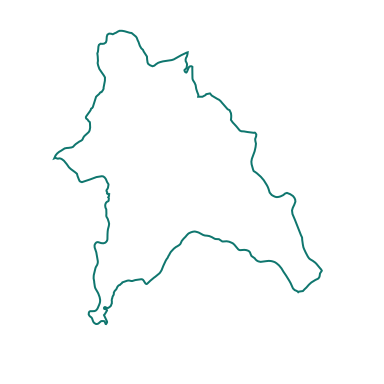 Mueang Yala, Yala, Thailand (Natural Earth projection), rotated 190°
{"feature_id": "78962969B27848698436248", "entity_name": "Mueang Yala", "entity_type": "district", "adm_level": 2, "iso_a3": "THA", "parent_name": "Thailand", "parent_adm1": "Yala", "projection": "natural_earth1", "projection_center": [101.257, 6.565], "detail": "fine", "context": "isolated", "style": "outline", "palette": "teal", "viewbox_px": 384, "rotation_deg": 190, "n_neighbors": 0, "source": "geoboundaries", "source_scale": "gbopen_adm2", "svg_char_len": 6011}
<svg xmlns="http://www.w3.org/2000/svg" viewBox="0 0 384 384"><g transform="rotate(190 192 192)"><path d="M65.6,113.7L64.1,116.0L62.8,117.7L60.8,121.0L58.8,123.6L55.1,126.9L53.5,128.0L52.6,128.7L51.9,130.1L51.7,131.2L51.8,134.0L50.5,137.0L51.1,137.8L51.3,138.1L52.1,138.7L56.9,142.8L58.5,143.9L61.1,145.2L63.8,146.2L65.1,146.9L66.7,148.5L69.5,152.1L71.6,155.1L72.7,156.9L73.7,159.5L75.1,163.8L75.7,166.3L77.2,168.4L86.0,182.8L89.2,187.7L90.3,191.2L90.0,193.9L89.1,197.1L88.5,200.4L89.1,202.5L90.3,204.2L91.9,205.6L94.9,206.9L98.3,207.6L100.0,206.7L101.6,204.8L104.0,203.1L105.6,202.3L107.5,201.7L109.1,201.7L111.1,202.2L113.0,202.9L115.4,204.9L117.3,208.6L118.5,210.5L119.7,212.0L123.4,216.1L126.8,218.9L131.3,221.7L133.1,222.6L134.9,223.3L135.8,224.8L138.1,229.6L138.8,232.2L138.8,235.1L137.4,242.9L137.2,247.3L137.4,250.7L138.5,253.3L139.0,255.2L138.5,258.1L138.7,259.9L140.1,261.3L140.9,261.3L141.5,261.0L147.9,260.7L151.3,260.7L154.0,260.4L155.7,260.9L159.9,264.5L164.0,267.6L166.2,269.8L166.3,271.8L166.6,273.9L167.3,276.3L169.2,279.1L171.3,279.7L178.0,285.1L179.5,286.4L181.3,287.5L183.3,288.1L189.3,290.4L191.4,292.2L195.0,290.8L195.5,289.8L198.3,287.6L202.5,286.9L202.5,288.2L202.7,288.9L204.4,291.7L205.8,294.4L206.1,295.3L207.0,297.9L208.4,300.0L210.4,302.2L211.1,303.4L211.5,305.1L213.2,314.0L213.3,315.1L213.4,315.4L214.3,315.7L214.9,315.7L216.2,315.1L216.7,314.4L217.8,309.7L218.1,309.0L218.3,308.7L218.9,308.7L219.7,309.1L220.5,310.2L220.5,311.1L219.8,311.8L219.2,312.7L218.9,313.8L219.0,316.7L219.3,317.5L220.0,318.6L220.9,319.7L221.3,321.4L221.2,322.9L220.6,324.7L220.4,326.9L220.5,328.8L221.5,328.3L226.3,324.9L233.0,319.4L234.9,318.4L243.3,315.6L245.9,314.4L247.8,313.3L249.7,311.5L251.0,309.9L252.7,309.0L255.2,309.5L257.3,310.5L258.2,311.7L259.2,314.7L259.9,317.6L264.0,322.0L265.0,323.5L266.9,324.7L268.8,327.0L270.8,330.6L271.8,331.9L273.2,334.3L274.2,335.3L279.1,338.1L280.9,338.0L286.4,338.6L289.0,338.6L291.3,338.2L292.9,337.1L294.3,335.8L295.7,334.9L297.4,333.6L299.1,333.8L301.1,333.6L302.6,332.3L302.9,330.2L302.5,326.2L302.8,324.3L304.4,322.8L306.2,322.3L307.9,322.1L309.2,320.7L309.4,318.9L309.1,315.7L309.0,313.7L309.3,312.1L308.4,309.2L307.4,304.9L307.3,302.5L306.4,300.3L304.6,297.1L301.8,294.2L299.0,291.4L297.6,289.7L297.1,286.4L297.2,279.4L297.0,278.3L297.3,277.2L297.8,276.0L298.5,274.6L299.3,274.4L299.8,273.8L300.4,272.5L302.3,270.1L303.0,269.1L304.4,258.4L305.0,257.2L305.6,256.8L305.9,256.3L306.0,255.2L306.6,253.7L308.6,249.6L309.3,248.1L309.5,247.3L309.3,246.5L308.8,245.9L307.4,245.2L306.2,243.9L304.8,243.1L304.5,242.3L303.5,237.8L303.5,235.1L303.8,233.8L304.3,232.8L307.7,228.4L308.4,226.9L309.0,224.6L309.3,224.1L310.2,223.2L311.7,222.1L314.9,218.9L316.0,217.4L316.9,215.9L318.3,215.0L321.3,214.0L323.0,213.6L325.0,212.8L328.1,209.9L329.8,208.5L331.5,206.5L332.7,204.3L333.5,201.2L332.7,201.7L331.7,201.8L330.4,201.5L329.6,201.6L328.5,202.1L327.2,202.1L326.0,201.8L323.6,200.6L320.2,197.7L317.4,194.9L315.4,193.6L310.4,191.1L308.5,190.0L307.4,187.7L305.4,184.4L304.5,183.2L303.6,182.8L302.1,182.6L294.5,186.7L288.7,190.1L283.5,191.9L282.1,191.9L280.6,191.2L279.1,189.8L277.3,187.0L275.6,185.1L275.5,184.5L275.5,181.5L276.0,179.9L276.4,179.2L276.5,178.6L276.1,177.6L275.5,177.1L275.4,176.7L275.5,176.0L275.3,175.7L274.4,175.3L273.4,175.7L273.2,175.6L273.4,174.8L273.0,173.8L273.6,172.2L273.1,171.9L272.8,171.5L272.6,169.0L272.9,168.4L274.0,167.6L274.4,167.1L274.9,166.2L275.2,164.8L275.1,163.4L274.5,161.6L273.4,160.0L272.5,155.6L272.4,154.3L272.0,152.9L271.6,152.4L270.4,151.0L268.8,148.0L268.1,146.3L268.0,144.2L268.3,140.6L268.2,138.6L267.9,135.9L267.1,130.8L267.1,130.0L267.4,128.8L268.2,127.5L268.8,126.9L270.4,126.1L272.6,125.9L275.6,126.3L276.4,126.2L277.3,125.8L278.0,124.9L278.5,123.7L278.7,122.8L278.6,122.0L278.2,120.4L275.8,116.0L272.8,107.7L272.6,106.8L272.5,105.8L272.7,103.9L273.6,101.5L273.8,100.7L273.9,99.7L274.3,93.1L274.2,92.0L273.9,89.9L272.8,86.9L272.6,86.0L271.2,81.8L270.4,80.3L267.2,76.5L266.5,75.5L264.7,72.4L263.7,69.7L263.5,68.1L263.5,66.8L263.8,65.0L264.8,60.8L265.5,59.4L266.3,58.4L267.6,57.7L271.6,56.9L272.3,56.3L272.6,55.4L272.5,53.6L272.2,53.1L271.1,51.9L269.3,51.0L268.5,50.2L267.2,47.9L266.6,47.0L266.0,46.4L265.2,45.9L263.9,45.4L263.2,45.4L262.4,45.6L261.4,46.2L259.3,48.8L258.6,49.2L256.7,49.5L255.9,49.5L255.6,49.3L254.1,47.0L253.7,47.0L253.4,47.6L253.0,48.9L253.2,49.7L257.3,55.5L256.5,56.9L255.1,60.6L255.2,60.9L256.4,61.6L258.0,61.6L258.5,62.3L258.5,62.9L258.2,63.3L257.7,63.6L255.6,63.1L254.6,63.2L254.2,63.5L253.2,64.4L252.1,65.9L251.9,67.4L251.6,68.4L251.8,69.4L251.9,70.3L252.2,71.1L252.3,72.7L252.1,73.6L252.1,74.7L251.8,76.0L251.3,77.2L251.3,78.2L251.5,79.4L250.9,81.2L249.7,83.0L248.9,85.9L248.0,87.3L247.2,87.8L246.7,88.1L246.3,88.9L245.3,89.9L244.9,90.9L240.4,93.4L239.3,93.8L238.2,93.9L236.5,93.8L235.3,94.0L232.6,95.4L226.8,97.3L225.7,97.3L225.0,97.0L224.1,96.2L222.6,94.5L221.7,93.7L221.4,93.6L220.7,93.5L220.2,93.9L217.7,97.3L214.5,101.1L213.4,102.2L209.9,106.3L209.4,107.2L208.4,109.6L207.4,114.4L205.9,120.0L205.1,122.0L204.7,122.6L203.9,125.4L203.4,126.4L203.2,127.4L202.4,129.4L200.0,133.1L198.2,135.1L197.4,135.7L195.6,137.3L194.6,138.5L194.3,139.2L193.6,142.0L192.2,144.5L190.4,147.1L189.9,148.1L188.5,150.2L187.8,150.9L185.9,152.2L184.3,153.0L183.1,153.4L181.9,153.6L179.5,153.4L178.3,153.2L173.5,151.6L171.7,151.4L169.3,151.6L167.3,151.6L164.6,151.0L161.6,149.9L160.5,149.8L157.3,150.2L153.7,148.6L153.0,148.6L149.3,149.5L147.0,149.5L145.4,149.2L143.0,148.6L141.2,147.5L136.8,143.8L136.2,143.4L135.3,143.1L134.4,143.1L130.5,144.1L128.5,144.2L126.9,144.0L125.7,143.6L125.1,143.2L124.4,142.6L123.3,140.7L122.3,139.3L118.7,137.6L117.7,136.6L116.4,135.8L115.4,135.4L114.5,135.2L112.3,135.1L106.9,136.8L104.4,137.5L102.6,137.7L101.2,137.7L99.3,137.5L97.7,137.1L96.0,136.3L93.5,134.8L90.6,132.3L88.1,129.4L84.9,126.1L80.7,121.4L79.0,119.3L76.1,115.0L75.6,114.4L74.8,113.9L73.8,113.2L73.0,113.1L70.7,112.4L70.0,111.8L69.5,112.4L67.8,113.0L65.6,113.7Z" fill="none" stroke="#0f766e" stroke-width="2"/></g></svg>